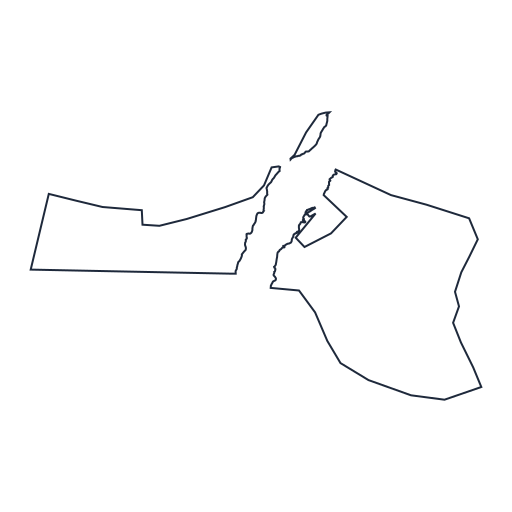 outline of Zemam Out, Al Bahr al Ahmar, Egypt
{"feature_id": "37247803B53216268294562", "entity_name": "Zemam Out", "entity_type": "district", "adm_level": 2, "iso_a3": "EGY", "parent_name": "Egypt", "parent_adm1": "Al Bahr al Ahmar", "projection": "orthographic", "projection_center": [31.011, 28.84], "detail": "fine", "context": "isolated", "style": "outline", "palette": "slate", "viewbox_px": 512, "rotation_deg": 0, "n_neighbors": 0, "source": "geoboundaries", "source_scale": "gbopen_adm2", "svg_char_len": 5994}
<svg xmlns="http://www.w3.org/2000/svg" viewBox="0 0 512 512"><path d="M270.7,287.9L299.0,290.5L315.1,312.4L327.3,340.9L340.5,363.1L368.5,380.1L411.0,395.3L444.5,399.7L481.3,387.0L473.2,367.4L460.9,342.4L453.1,322.8L459.0,306.4L455.0,291.8L461.3,272.3L469.3,256.7L477.8,239.3L469.1,218.3L426.5,204.7L391.0,195.1L335.7,169.5L335.4,170.0L335.3,170.7L335.1,171.3L335.4,172.1L335.6,172.3L335.9,172.3L336.4,172.6L336.6,173.1L336.7,173.5L336.5,173.8L336.2,174.2L335.8,174.2L334.5,174.5L334.2,174.5L333.8,174.7L333.4,175.0L333.0,175.4L332.9,175.5L332.9,175.8L332.8,176.7L332.7,176.7L332.7,176.9L332.5,177.1L332.2,177.3L331.1,177.9L329.6,179.2L329.6,179.5L329.6,179.9L329.9,180.2L330.2,180.5L330.3,180.7L330.0,181.0L329.5,181.4L329.0,181.9L329.0,182.1L329.0,182.3L329.1,185.0L328.9,185.2L328.7,185.3L328.2,185.9L328.2,187.6L327.6,187.9L327.5,188.0L327.6,188.3L327.6,188.7L327.7,188.9L327.7,189.2L327.6,189.3L326.8,189.5L326.5,189.7L326.5,190.0L325.9,190.3L325.7,190.5L325.4,190.9L325.0,191.5L324.5,192.8L324.0,193.6L323.8,194.3L323.8,194.8L323.7,195.1L346.7,216.9L331.0,233.4L304.5,247.0L295.7,237.7L315.6,213.5L314.2,214.3L313.5,214.7L310.5,216.4L309.4,216.5L308.4,215.4L308.1,214.9L307.7,214.6L307.4,214.1L307.3,213.7L307.3,213.2L307.6,212.8L308.7,212.1L309.2,211.7L309.8,211.5L310.7,210.8L311.3,210.5L311.7,210.1L314.2,208.7L315.0,208.1L314.6,207.4L313.4,207.9L313.4,208.2L313.1,208.3L312.6,208.3L312.2,207.9L309.6,209.1L309.6,209.3L308.5,209.4L308.0,209.8L307.2,209.9L307.0,210.0L307.0,210.5L306.7,210.8L306.3,211.0L306.2,211.1L306.2,211.5L305.6,212.1L305.5,212.5L305.7,213.3L306.0,213.7L306.1,214.1L306.0,214.4L305.8,214.4L305.5,214.5L305.2,214.4L304.8,214.5L304.2,215.7L303.5,216.7L303.2,217.7L303.2,218.1L303.3,218.4L303.9,218.9L303.9,219.2L303.9,219.4L303.5,219.6L303.1,219.7L302.9,219.9L302.8,220.1L302.9,220.3L303.0,220.5L303.7,220.5L303.8,220.6L304.2,220.6L304.7,221.2L305.2,221.5L305.3,221.8L305.3,222.0L305.2,222.2L304.8,222.5L304.4,222.4L303.9,222.4L302.3,222.1L301.3,222.1L300.8,222.3L300.7,222.8L300.3,223.5L300.2,223.9L299.3,224.7L299.3,225.1L298.9,225.7L298.9,227.6L298.9,228.0L299.1,228.7L299.2,229.7L299.0,230.3L299.2,231.0L299.2,231.4L299.1,232.0L298.8,232.2L298.4,232.3L297.8,231.9L297.7,231.6L297.2,231.7L297.0,231.9L296.9,232.0L296.9,232.6L296.7,233.1L296.3,233.2L295.5,233.2L295.0,233.6L294.7,234.0L294.2,234.1L293.9,234.4L293.9,234.6L293.5,235.0L293.4,235.3L293.4,235.8L293.4,236.2L292.9,237.3L292.7,237.6L292.3,238.3L292.1,238.7L291.8,239.4L291.7,241.0L291.5,241.5L291.0,242.5L289.4,243.4L288.8,243.6L288.2,243.6L287.5,243.8L286.3,244.4L284.4,245.8L283.3,245.9L283.3,246.3L284.2,246.4L284.5,246.6L284.5,247.1L284.4,247.3L283.8,247.5L282.8,247.3L282.3,247.7L281.2,249.0L279.7,250.0L279.0,251.4L278.3,251.7L277.6,252.7L277.3,254.4L277.1,257.0L276.7,259.0L276.2,262.4L275.9,263.7L275.8,264.7L274.6,266.5L274.1,266.8L274.3,267.6L274.8,267.9L275.2,268.4L275.4,269.1L275.2,269.7L275.3,269.9L275.0,271.1L274.8,271.5L274.5,271.9L274.2,272.0L274.3,272.7L274.2,273.2L273.6,274.5L273.6,275.2L274.0,275.8L274.9,276.7L275.9,278.3L275.9,279.2L275.7,279.9L275.4,280.3L274.6,280.7L273.3,281.3L272.8,281.8L272.6,282.4L271.5,284.3L271.3,284.9L270.9,285.5L270.7,287.9ZM280.8,167.3L278.7,166.4L271.6,167.4L264.0,185.4L252.8,197.2L225.1,207.1L186.7,219.0L159.4,225.8L142.5,224.7L141.8,210.2L102.5,207.0L76.2,200.7L48.8,193.9L30.7,269.6L232.2,273.7L235.7,273.7L235.6,271.2L235.8,270.6L236.7,269.1L236.8,268.5L236.8,268.1L236.8,267.6L237.2,266.4L237.4,265.0L237.6,264.5L237.9,263.5L238.0,263.1L238.2,262.2L239.5,260.9L240.5,259.2L240.7,258.7L241.0,258.2L241.1,257.8L241.4,257.2L241.7,256.3L241.9,255.6L241.9,254.8L241.8,254.4L244.1,251.5L245.5,250.1L245.7,249.7L245.8,249.1L245.9,248.5L245.8,247.2L245.6,246.8L245.0,244.9L245.1,242.8L245.4,242.3L245.8,241.3L245.9,240.5L245.7,240.0L245.8,239.6L246.3,239.1L246.7,238.7L246.9,237.9L246.6,237.2L246.6,234.8L246.5,234.2L246.8,233.9L248.4,233.5L249.6,233.7L250.2,233.6L250.8,233.2L251.4,232.6L251.8,231.9L252.3,230.5L252.4,229.8L252.4,228.4L252.8,226.2L253.0,225.6L253.7,224.9L254.0,224.2L254.8,223.1L255.5,221.8L255.7,221.1L255.6,220.9L255.9,220.1L256.0,218.8L256.4,215.9L256.6,215.3L257.3,213.7L257.6,213.3L258.6,212.8L260.2,212.7L260.6,212.9L261.4,213.0L261.7,213.0L262.0,212.9L262.4,212.8L262.8,212.5L263.1,212.0L263.5,211.4L263.4,211.4L263.6,211.1L263.6,209.7L263.8,208.6L263.8,207.5L263.8,207.3L263.8,206.7L263.7,206.3L263.9,206.0L263.9,205.7L264.3,204.4L264.3,203.9L264.3,203.6L264.3,203.0L264.2,202.7L264.1,202.2L264.5,200.5L264.6,199.5L264.7,198.4L264.9,197.9L265.1,197.5L265.5,196.8L266.5,195.6L267.4,194.7L267.1,193.3L267.2,191.7L266.8,189.2L266.5,188.2L266.6,187.7L266.9,187.3L267.4,186.2L268.4,184.7L269.7,183.4L270.5,182.7L271.1,182.1L271.5,181.4L272.0,180.2L272.8,179.0L273.5,178.4L274.1,177.6L275.2,175.7L275.6,175.1L276.3,174.4L278.4,172.0L278.8,171.6L279.6,171.1L279.6,170.6L279.5,169.4L279.6,167.6L279.8,167.4L280.8,167.3ZM329.5,112.3L325.6,112.6L321.3,113.7L318.4,114.8L306.1,132.4L294.6,154.8L292.3,157.0L290.5,158.6L290.6,159.5L290.7,159.4L291.0,158.8L291.2,158.7L291.8,158.2L292.5,157.8L293.1,157.6L293.7,157.2L294.8,156.8L296.3,156.3L296.7,156.3L297.2,156.2L297.6,156.2L298.2,155.9L298.6,155.8L299.5,155.8L299.8,155.7L300.5,155.4L300.6,155.1L300.9,155.0L301.3,154.5L301.6,154.3L302.1,154.3L302.5,154.2L302.8,153.9L303.8,153.6L304.1,153.5L304.6,153.0L305.2,152.3L305.6,151.7L305.9,151.6L306.7,151.5L307.4,151.5L307.9,151.5L308.7,151.4L309.0,151.2L310.5,149.7L311.0,149.4L311.7,148.6L312.6,147.9L314.8,145.9L316.1,144.5L316.7,143.6L316.9,143.0L316.9,142.9L317.1,142.2L317.9,140.5L318.2,139.8L318.7,138.9L319.8,137.3L320.1,136.6L320.3,136.1L320.3,135.5L320.5,135.0L320.5,134.0L320.7,133.1L321.2,132.1L322.5,130.0L322.9,129.2L323.4,128.5L324.1,127.3L324.6,126.8L325.5,126.3L325.7,126.0L326.2,125.4L326.6,123.6L326.8,122.9L327.3,120.9L327.3,118.8L327.5,117.1L327.6,115.8L327.3,115.8L326.9,115.8L326.6,115.6L326.5,115.4L326.5,115.0L326.7,114.7L327.7,113.8L328.4,113.4L329.5,112.3Z" fill="none" stroke="#1e293b" stroke-width="2"/></svg>